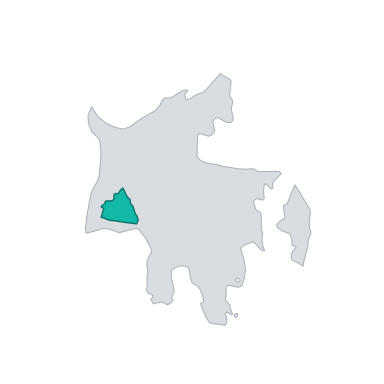 location of Quba within Azerbaijan, rotated 224°
{"feature_id": "AZE-1728", "entity_name": "Quba", "entity_type": "District", "adm_level": 1, "iso_a3": "AZE", "parent_name": "Azerbaijan", "parent_adm1": "", "projection": "orthographic", "projection_center": [48.506, 41.189], "detail": "fine", "context": "in_parent", "style": "filled", "palette": "teal", "viewbox_px": 384, "rotation_deg": 224, "n_neighbors": 0, "source": "natural_earth", "source_scale": "10m", "svg_char_len": 3857}
<svg xmlns="http://www.w3.org/2000/svg" viewBox="0 0 384 384"><g transform="rotate(224 192 192)"><path d="M253.9,297.0L252.5,296.9L242.7,299.3L240.6,298.6L232.3,287.9L230.5,286.7L226.9,286.2L224.8,284.4L223.1,281.6L222.1,279.4L213.5,273.6L212.2,271.4L212.1,269.6L213.3,267.9L214.8,266.5L219.0,265.1L223.9,263.8L225.5,263.0L226.3,261.4L226.3,258.9L225.5,256.5L218.4,252.1L217.7,250.1L217.5,247.8L217.9,245.4L219.0,243.5L224.7,240.9L227.8,238.2L225.9,235.2L219.8,228.3L212.5,220.7L207.6,220.6L202.0,222.8L192.9,229.1L187.9,231.8L181.3,236.3L174.2,241.3L168.3,246.6L164.6,250.9L158.1,252.8L154.7,256.4L143.6,267.4L140.6,267.2L140.5,261.6L140.8,257.2L140.2,254.7L136.7,251.1L136.7,249.6L137.7,248.7L140.4,249.3L143.8,249.2L145.5,247.9L141.9,243.2L138.7,240.1L135.9,238.0L135.3,236.7L135.4,235.9L136.0,234.8L140.8,232.4L141.3,230.1L141.0,227.5L133.6,223.6L127.9,224.8L123.0,220.4L119.9,217.0L115.9,213.3L112.4,211.3L109.1,206.7L103.2,202.0L99.4,200.5L99.5,199.8L100.2,199.0L101.8,198.4L112.5,198.9L113.8,198.1L114.6,196.1L116.1,193.3L117.9,189.0L117.9,185.4L107.4,179.3L99.8,173.7L94.7,166.4L91.3,159.8L91.5,157.7L92.6,155.6L101.1,150.0L101.7,148.5L101.5,147.4L98.7,144.3L95.1,141.0L94.1,138.6L91.8,137.4L87.4,137.1L79.8,133.0L78.2,132.6L77.9,131.8L78.3,131.0L83.8,129.7L83.8,128.4L82.2,126.6L79.1,125.3L76.4,122.1L75.5,119.3L85.8,111.6L88.7,110.1L95.2,111.8L108.4,117.6L107.4,120.5L108.7,122.3L111.7,124.6L117.6,127.1L122.6,128.5L125.2,127.5L129.1,126.8L134.0,129.5L138.6,133.0L140.8,134.4L142.1,134.9L145.6,133.9L150.0,129.6L151.7,124.4L152.3,121.9L149.9,118.3L144.9,114.4L139.3,111.0L135.7,108.0L133.6,102.1L131.2,101.4L130.7,100.7L130.3,98.7L130.5,95.9L131.4,93.8L133.7,93.0L136.0,92.7L138.1,90.8L140.8,86.9L142.0,84.7L146.9,86.1L147.4,89.6L148.3,90.4L150.3,90.0L153.8,88.6L156.4,89.8L159.8,94.1L164.5,98.7L167.1,101.7L168.1,103.8L170.5,105.8L174.1,108.3L176.9,112.0L179.3,120.6L181.9,122.7L191.2,126.0L194.4,126.7L203.6,128.0L206.8,127.2L211.6,119.8L215.9,112.2L219.8,110.6L227.0,107.0L231.2,103.5L233.0,99.7L237.1,92.6L239.5,88.7L243.7,92.2L251.0,101.8L261.5,117.4L264.1,121.8L265.8,126.9L267.3,133.1L269.7,138.6L280.5,152.3L285.2,157.4L292.8,163.9L295.5,165.3L299.0,165.7L305.4,165.6L311.5,168.1L314.4,169.8L317.5,172.4L320.3,175.4L323.3,183.4L312.8,181.0L302.4,181.6L296.5,183.4L290.8,185.9L285.3,189.3L281.9,195.9L279.2,211.0L275.0,225.2L275.3,231.8L277.2,238.0L277.0,241.0L275.1,242.3L272.6,245.0L269.4,258.0L267.8,260.6L265.7,262.2L265.1,260.7L265.2,257.3L260.6,254.3L258.1,257.7L256.5,264.9L253.1,272.4L252.9,273.8L253.9,297.0ZM99.4,161.5L100.0,159.4L98.7,158.5L97.3,158.4L96.1,159.4L96.0,161.9L97.6,162.4L99.4,161.5ZM62.9,219.1L61.4,217.0L60.7,215.8L65.4,215.0L73.3,212.6L75.3,214.0L77.5,216.9L78.5,219.4L78.5,223.9L79.4,224.7L83.3,223.3L84.9,225.2L87.7,227.5L92.7,229.8L100.0,226.7L103.7,226.0L106.6,226.1L108.2,227.2L108.7,230.8L107.9,235.1L107.0,237.4L108.5,239.2L114.4,243.5L116.8,245.9L115.4,249.9L119.6,259.9L121.0,263.7L122.7,268.5L113.6,266.4L97.2,261.9L92.7,259.7L88.6,254.1L86.2,251.3L82.5,247.8L79.5,246.4L77.2,244.0L76.0,240.4L74.2,237.2L71.0,233.4L63.8,220.5L62.9,219.1ZM75.9,135.4L74.9,136.1L73.4,135.3L73.0,133.7L73.2,132.1L74.7,131.8L75.9,132.3L76.2,133.8L75.9,135.4Z" fill="#d9dde1" stroke="#a8b0b8" stroke-width="1"/><path d="M244.5,146.7L241.4,145.8L238.4,144.5L234.8,143.5L231.1,143.5L228.4,141.0L224.9,140.8L222.4,139.6L219.9,138.1L218.6,137.4L217.3,136.8L216.0,136.7L214.6,136.4L211.0,134.2L209.8,130.6L218.8,123.8L227.9,117.4L231.0,114.8L234.4,113.1L237.1,112.2L239.7,110.7L240.6,112.6L241.8,114.4L242.6,116.1L243.5,117.8L244.3,118.9L245.4,118.6L246.5,118.2L247.4,119.0L246.9,121.5L246.9,124.0L247.6,124.7L247.6,125.6L247.0,126.4L246.4,127.1L244.0,129.3L242.8,132.2L244.7,134.2L246.4,136.4L245.8,137.9L244.6,138.9L243.8,140.2L244.4,141.7L244.7,144.0L244.5,146.7Z" fill="#14b8a6" stroke="#0f766e" stroke-width="1.5"/></g></svg>